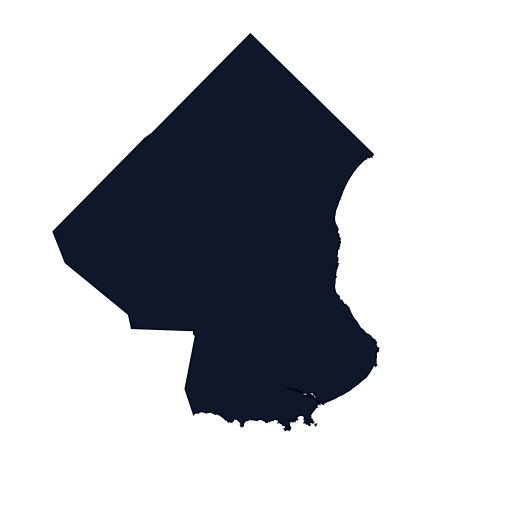 Deseado, Santa Cruz, Argentina, rotated 46°
{"feature_id": "61730980B75519794586759", "entity_name": "Deseado", "entity_type": "district", "adm_level": 2, "iso_a3": "ARG", "parent_name": "Argentina", "parent_adm1": "Santa Cruz", "projection": "albers", "projection_center": [-66.461, -47.291], "detail": "fine", "context": "isolated", "style": "filled", "palette": "ink", "viewbox_px": 512, "rotation_deg": 46, "n_neighbors": 0, "source": "geoboundaries", "source_scale": "gbopen_adm2", "svg_char_len": 6147}
<svg xmlns="http://www.w3.org/2000/svg" viewBox="0 0 512 512"><g transform="rotate(46 256 256)"><path d="M92.4,105.9L95.6,245.4L94.3,254.3L97.6,385.0L128.4,397.7L209.5,388.2L221.6,395.7L266.4,352.5L268.7,354.9L271.5,355.0L302.4,399.2L326.6,410.9L326.3,409.9L327.5,407.6L329.0,406.3L328.7,405.4L329.6,403.7L332.5,401.4L334.3,400.7L334.5,400.0L335.6,398.7L335.6,397.8L337.1,396.7L341.4,395.2L341.3,394.7L342.2,393.8L344.7,392.6L349.9,391.6L352.6,391.7L353.9,390.8L356.4,391.0L356.6,390.0L358.6,388.9L357.9,388.5L358.6,387.2L358.6,386.6L357.8,385.7L358.0,384.8L360.1,383.1L364.4,382.8L366.4,383.2L367.3,384.3L368.0,383.5L368.3,383.9L368.7,383.7L368.5,384.8L368.0,384.9L368.5,385.1L369.2,384.1L369.2,383.4L369.0,383.1L368.5,383.3L369.0,382.7L368.3,382.4L367.6,380.9L367.1,378.6L367.6,377.1L368.5,376.1L368.5,375.1L369.0,374.1L369.8,373.2L371.0,372.7L372.2,371.1L373.3,370.8L373.8,369.9L375.0,369.4L374.9,368.7L375.4,368.2L375.5,367.2L376.3,366.7L377.7,365.0L379.6,365.0L380.2,364.2L382.3,364.3L383.2,363.7L383.5,363.1L383.4,362.5L382.7,362.4L383.0,361.9L382.9,361.6L384.2,360.5L384.4,360.6L384.3,360.3L384.7,360.1L384.9,358.8L385.3,358.6L384.9,357.6L386.1,357.6L385.7,356.8L386.6,355.5L389.9,354.0L391.1,354.5L391.0,355.1L391.1,355.3L391.2,354.6L391.6,354.6L391.5,354.0L392.5,353.5L393.8,353.6L394.0,353.9L393.7,354.3L394.7,354.0L395.5,353.3L395.9,353.7L396.5,353.5L396.7,354.0L397.1,353.2L398.0,352.9L399.9,353.3L400.6,354.6L400.4,355.0L399.8,354.8L400.3,355.2L400.0,355.7L400.8,355.9L400.7,355.4L401.0,355.4L400.7,355.0L400.9,354.4L401.7,354.8L402.0,354.5L402.1,354.9L402.4,354.1L403.4,353.6L402.7,353.6L402.9,353.3L402.7,352.6L403.7,353.4L403.3,352.9L403.6,352.3L403.9,353.0L404.4,353.3L404.6,353.1L403.7,352.1L404.1,351.8L403.7,351.3L403.8,350.6L400.9,349.9L400.3,349.3L400.3,349.0L399.7,348.8L398.7,346.9L398.3,347.4L397.7,347.0L399.4,345.7L399.9,344.7L400.9,344.6L400.7,344.1L400.1,344.0L400.3,343.9L400.3,343.6L399.6,343.3L399.9,342.7L400.3,342.5L400.4,342.9L401.1,342.8L401.3,343.1L401.6,343.0L401.4,342.9L401.6,342.3L400.7,341.9L400.7,341.4L401.4,341.2L401.4,340.7L402.0,340.5L401.9,340.1L402.3,339.8L401.2,339.5L400.8,338.8L400.3,338.8L400.1,338.1L400.9,335.4L402.3,333.7L403.9,332.8L405.9,333.0L406.6,333.5L406.7,334.1L406.3,334.5L406.6,334.4L406.8,334.8L407.3,334.7L406.8,334.5L407.2,333.6L408.5,333.7L409.3,334.5L408.9,336.2L409.2,336.7L409.3,336.1L409.6,336.1L409.8,336.8L410.8,335.8L411.9,336.3L412.4,335.2L414.6,335.4L415.1,335.0L414.7,334.2L413.5,334.5L413.1,333.6L413.3,333.2L413.1,332.8L413.5,331.8L415.3,331.3L415.1,331.1L415.4,331.0L415.3,330.8L414.4,330.4L414.9,329.9L413.7,330.0L412.8,329.3L410.6,329.5L409.8,328.9L409.6,328.3L408.8,328.3L407.7,325.7L407.0,320.0L406.3,318.0L406.4,317.4L407.1,317.4L407.2,317.1L406.5,317.2L406.0,316.8L405.9,316.3L406.3,316.1L405.9,316.1L405.5,314.6L405.6,314.1L406.0,313.8L404.5,313.0L404.8,312.6L405.3,312.9L406.5,312.8L405.9,312.4L405.4,312.7L404.8,312.4L403.6,312.3L401.3,312.9L400.2,312.0L399.3,312.5L398.1,312.4L397.3,313.2L394.8,314.5L394.1,314.3L389.2,318.4L387.0,318.6L386.0,319.1L385.2,318.7L384.4,319.3L380.9,320.3L379.9,321.3L376.1,323.3L373.5,325.3L373.5,325.0L380.5,319.2L381.8,318.9L384.1,317.6L386.3,317.8L387.3,316.7L387.8,316.7L389.6,314.6L390.6,314.1L391.7,312.8L392.1,311.5L393.5,310.1L394.9,309.8L395.6,310.2L396.1,310.1L395.8,309.0L395.9,308.5L396.3,308.8L396.2,310.3L397.6,309.9L398.6,310.0L398.4,310.3L399.1,310.5L399.7,310.2L402.9,311.0L404.4,312.0L406.3,311.1L408.0,311.1L409.0,310.1L409.1,310.6L409.4,310.6L409.4,310.0L408.8,309.8L408.9,309.1L413.2,297.9L414.3,293.2L415.3,290.9L416.0,288.5L416.8,284.3L417.6,282.2L417.8,278.2L418.8,271.3L418.9,266.8L419.6,260.8L418.3,254.3L417.6,252.6L417.4,250.7L416.7,249.1L416.5,247.6L416.7,246.7L417.2,245.9L417.7,245.8L418.2,246.3L418.3,245.1L417.4,245.0L415.7,243.6L413.3,241.2L412.3,239.7L409.7,237.6L408.9,235.4L408.9,234.4L409.3,234.4L409.3,233.9L407.8,233.6L407.4,232.6L407.9,232.5L407.6,231.9L405.7,232.5L404.7,232.2L402.1,230.8L402.0,230.1L401.6,230.1L402.0,229.8L401.7,229.4L401.2,229.4L401.3,229.9L400.7,230.1L400.1,229.9L399.8,229.4L399.0,229.6L398.9,229.0L397.9,229.7L397.1,229.3L395.5,229.6L393.5,229.3L390.6,229.7L388.4,230.9L383.9,230.4L380.6,231.1L372.6,229.2L371.8,229.5L367.7,228.8L361.5,227.1L360.3,226.3L358.6,226.1L358.3,225.6L358.1,226.0L357.6,225.5L356.2,225.5L356.1,225.2L353.0,225.4L352.7,226.0L351.1,226.5L350.3,225.8L349.4,226.0L347.8,225.1L346.4,226.1L345.2,226.1L343.8,225.5L342.9,224.3L341.6,224.2L340.4,224.7L338.7,224.6L334.8,222.7L332.0,220.6L330.7,218.7L326.6,214.3L326.8,213.2L326.4,212.6L324.9,212.5L323.8,210.6L323.1,210.1L321.2,207.1L321.0,206.3L319.8,205.1L320.0,204.5L319.9,203.9L319.2,203.6L318.6,202.7L318.8,202.3L318.4,202.6L318.6,202.2L318.1,202.2L317.5,202.8L317.0,202.6L315.9,201.4L316.2,200.6L316.0,200.2L314.7,199.7L314.6,198.8L312.5,198.5L310.3,195.3L308.5,193.7L307.7,192.2L308.0,191.6L307.6,191.3L308.2,191.4L308.0,190.8L306.8,190.9L306.5,190.6L306.6,190.2L306.2,189.4L306.5,189.6L306.5,189.0L306.8,189.5L306.8,189.0L305.6,189.0L304.4,187.6L305.0,186.4L304.6,185.7L304.1,185.4L303.7,185.7L302.4,185.1L302.5,184.5L301.8,184.4L302.4,184.0L301.8,183.4L301.0,183.2L300.8,183.9L300.3,183.2L299.8,183.0L299.5,183.4L298.9,182.6L298.9,183.3L298.1,181.7L297.0,181.4L296.5,182.1L295.6,181.7L293.6,178.4L287.5,176.4L285.3,175.2L282.1,172.4L281.1,170.5L279.8,169.2L278.2,166.9L275.9,161.7L273.6,157.7L273.5,156.3L271.9,153.7L271.7,152.7L269.5,148.5L267.3,143.0L265.1,136.6L263.3,129.0L262.0,120.2L261.9,111.2L262.1,109.9L262.9,109.1L262.1,108.5L262.1,107.0L263.8,106.3L264.3,104.2L265.2,103.8L264.6,103.3L264.4,101.1L92.4,105.9ZM397.1,312.3L395.9,312.2L394.8,312.9L393.2,312.9L392.1,314.0L392.2,314.8L391.9,315.2L392.5,315.4L394.5,313.5L395.7,313.7L396.0,312.9L396.1,313.2L395.8,313.5L396.1,313.5L397.1,312.7L397.1,312.3ZM419.5,330.8L419.0,329.7L418.8,330.2L418.3,330.4L418.8,330.9L419.5,330.8ZM383.3,318.4L384.1,318.6L384.6,318.1L384.1,317.9L383.3,318.4ZM401.6,312.3L401.1,311.9L400.5,312.1L401.3,312.8L401.6,312.3ZM391.0,314.6L391.0,314.0L389.8,314.8L390.4,314.9L391.0,314.6ZM382.0,319.0L383.1,318.9L382.7,318.6L382.0,319.0Z" fill="#0f172a" stroke="#020617" stroke-width="1.5"/></g></svg>